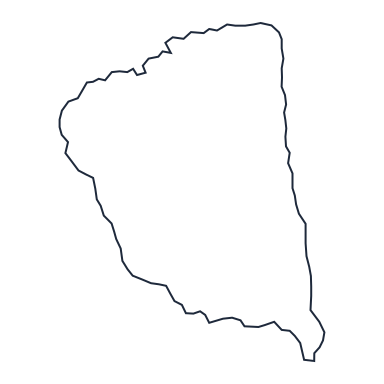 outline of Fazenda Rio Grande, Paraná, Brazil
{"feature_id": "56859067B87747649596959", "entity_name": "Fazenda Rio Grande", "entity_type": "district", "adm_level": 2, "iso_a3": "BRA", "parent_name": "Brazil", "parent_adm1": "Paraná", "projection": "orthographic", "projection_center": [-49.297, -25.682], "detail": "fine", "context": "isolated", "style": "outline", "palette": "slate", "viewbox_px": 384, "rotation_deg": 0, "n_neighbors": 0, "source": "geoboundaries", "source_scale": "gbopen_adm2", "svg_char_len": 1426}
<svg xmlns="http://www.w3.org/2000/svg" viewBox="0 0 384 384"><path d="M78.5,170.5L85.9,174.4L93.1,177.9L95.3,188.7L96.8,199.4L100.7,205.8L103.8,215.6L111.6,223.5L114.2,231.8L116.2,239.0L120.7,248.5L122.4,260.9L127.6,269.3L132.7,275.7L142.2,279.5L151.0,283.2L159.0,284.3L166.1,285.8L170.4,293.8L174.5,301.1L181.9,304.9L185.9,313.2L193.4,313.6L200.1,311.3L205.2,314.9L209.2,322.8L223.0,318.7L232.1,317.7L240.5,320.3L244.5,326.3L250.7,326.6L258.4,327.0L264.7,325.1L274.2,321.8L281.7,329.9L289.7,330.8L294.8,335.9L300.2,343.0L304.1,359.8L314.2,361.0L314.3,353.2L319.6,347.3L323.0,340.4L324.4,332.3L319.3,321.8L310.5,310.1L311.2,296.0L311.2,286.5L310.9,276.0L309.2,266.7L306.5,256.2L305.6,243.3L305.6,223.8L298.9,213.7L296.1,204.4L294.8,195.5L292.5,188.2L292.5,173.4L288.1,163.2L289.7,152.8L286.0,146.4L285.4,136.7L286.3,128.5L285.4,120.3L284.1,112.5L286.1,104.5L285.0,95.1L281.6,86.7L282.0,77.4L281.7,68.3L283.4,58.6L281.7,48.5L281.7,39.2L279.0,32.4L271.5,25.4L260.5,23.0L253.4,24.5L245.0,25.7L235.5,25.7L227.1,24.5L217.0,30.5L209.2,29.0L203.7,33.1L191.0,32.1L183.6,38.8L172.7,37.3L165.4,42.8L170.8,52.9L162.6,51.4L158.3,56.7L148.6,58.6L142.8,65.7L145.6,72.7L137.0,75.0L133.1,68.8L127.3,72.1L119.6,71.3L111.8,72.1L105.1,80.3L98.7,78.8L93.0,81.8L86.9,82.5L82.8,89.6L77.8,98.2L68.4,101.6L61.9,110.6L59.6,119.5L59.6,127.1L61.7,134.8L68.0,142.1L65.4,153.1L71.4,161.0L78.5,170.5Z" fill="none" stroke="#1e293b" stroke-width="2"/></svg>